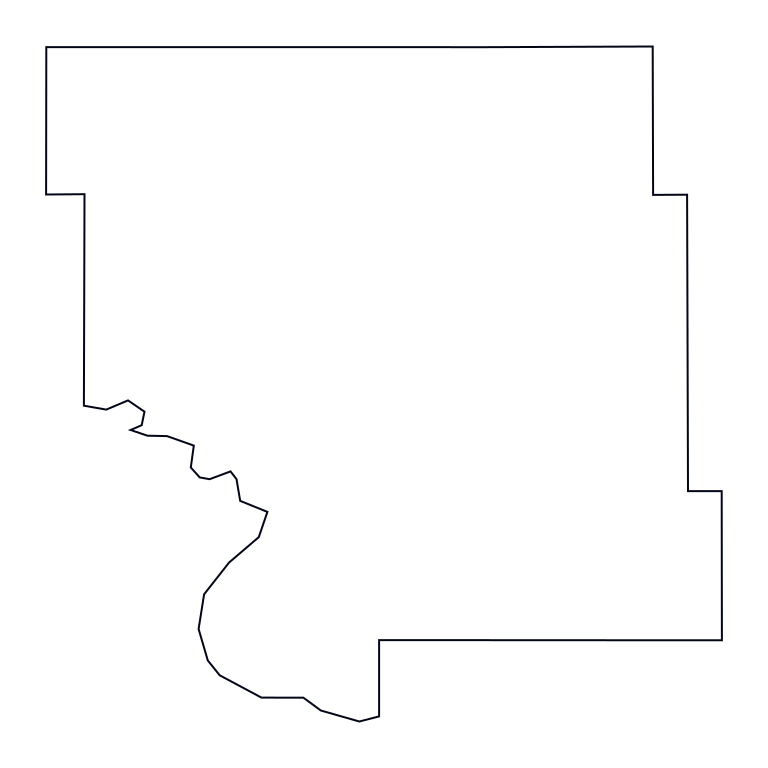 outline of Mountrail, North Dakota, United States of America
{"feature_id": "52423323B97339274287027", "entity_name": "Mountrail", "entity_type": "district", "adm_level": 2, "iso_a3": "USA", "parent_name": "United States of America", "parent_adm1": "North Dakota", "projection": "natural_earth1", "projection_center": [-102.535, 48.15], "detail": "fine", "context": "isolated", "style": "outline", "palette": "ink", "viewbox_px": 768, "rotation_deg": 0, "n_neighbors": 0, "source": "geoboundaries", "source_scale": "gbopen_adm2", "svg_char_len": 608}
<svg xmlns="http://www.w3.org/2000/svg" viewBox="0 0 768 768"><path d="M46.3,47.1L46.1,194.5L84.5,194.2L84.3,269.5L83.9,405.7L106.3,409.6L128.0,400.4L144.5,411.7L141.7,425.2L130.6,430.0L147.4,435.7L167.0,436.1L193.8,445.6L190.8,467.5L199.7,477.4L209.6,479.2L230.5,471.4L236.5,479.1L240.2,500.9L267.4,511.9L258.8,537.1L229.1,562.5L204.1,594.3L198.6,629.0L207.8,660.5L219.7,675.3L261.4,697.6L303.4,697.7L320.8,710.5L359.3,721.5L379.1,716.4L379.1,640.1L721.9,640.3L721.7,491.1L688.0,491.1L687.1,194.7L653.1,194.9L652.7,46.5L479.6,47.2L393.5,47.1L46.3,47.1Z" fill="none" stroke="#020617" stroke-width="2"/></svg>